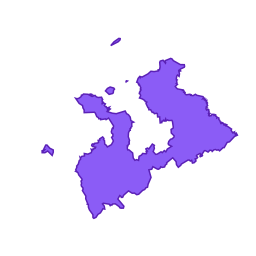 outline of Serang, Banten, Indonesia, rotated 321°
{"feature_id": "22746128B3242616561013", "entity_name": "Serang", "entity_type": "district", "adm_level": 2, "iso_a3": "IDN", "parent_name": "Indonesia", "parent_adm1": "Banten", "projection": "mercator", "projection_center": [106.13, -6.072], "detail": "fine", "context": "isolated", "style": "filled", "palette": "violet", "viewbox_px": 256, "rotation_deg": 321, "n_neighbors": 0, "source": "geoboundaries", "source_scale": "gbopen_adm2", "svg_char_len": 5979}
<svg xmlns="http://www.w3.org/2000/svg" viewBox="0 0 256 256"><g transform="rotate(321 128 128)"><path d="M72.3,120.7L71.4,122.5L69.7,122.6L66.6,124.8L64.1,125.3L63.7,126.2L60.9,127.7L60.8,129.6L60.3,129.3L61.0,131.1L60.2,133.5L60.1,138.5L59.6,139.4L58.1,139.7L57.2,141.7L55.8,142.7L55.2,144.0L55.3,146.0L54.6,147.3L53.2,147.9L52.4,154.4L50.6,156.4L49.1,161.3L48.4,161.5L49.0,162.5L47.4,164.6L46.5,167.3L46.2,173.2L44.4,175.6L44.6,176.7L46.9,177.3L50.3,176.2L53.2,176.6L57.7,175.0L58.9,176.4L60.4,173.7L60.4,170.9L61.4,170.9L65.5,175.4L65.3,177.1L66.5,176.9L66.9,177.8L68.2,177.4L70.4,178.9L71.7,183.7L71.4,184.7L72.0,185.8L74.0,187.4L75.6,186.2L75.4,176.8L79.1,175.3L79.5,176.8L79.1,177.7L80.2,178.5L82.3,177.5L88.8,177.2L90.2,181.3L92.1,182.7L92.8,185.3L94.6,186.2L100.1,185.7L102.3,186.3L104.3,185.7L105.9,186.3L108.3,184.3L114.8,180.9L117.9,173.6L120.5,175.0L123.0,173.7L125.0,178.5L125.9,179.3L127.7,179.4L129.1,178.7L129.7,180.1L131.9,181.3L133.7,180.3L135.6,180.3L136.2,179.3L144.0,179.3L144.2,184.4L142.6,187.0L142.4,190.2L145.6,190.2L146.7,189.6L154.5,190.7L155.5,191.6L155.6,192.9L157.1,193.2L156.0,195.8L157.5,196.6L160.1,196.4L160.8,194.3L162.1,195.0L163.7,194.6L163.6,192.7L164.3,192.4L168.0,193.1L168.0,194.3L166.2,195.1L166.1,195.8L168.1,196.4L168.7,196.1L168.5,195.1L173.1,193.7L173.8,194.2L175.1,197.1L177.7,196.8L178.9,198.2L178.7,199.2L180.9,199.0L182.4,199.7L183.1,201.2L184.5,201.7L184.8,203.4L189.6,203.1L190.4,203.8L196.0,201.6L198.2,202.6L205.6,201.6L208.5,202.4L208.8,200.7L207.9,201.2L208.3,200.2L207.5,200.4L208.0,198.6L207.2,198.2L207.9,197.9L205.8,197.3L206.5,197.2L206.6,194.8L207.8,194.0L206.1,188.5L205.4,188.1L205.6,187.4L206.7,187.5L205.9,186.0L205.1,186.6L204.5,186.2L205.1,184.3L203.8,183.5L204.6,183.1L204.1,182.2L203.2,182.4L204.1,179.7L203.9,178.6L204.9,177.5L204.3,176.2L203.5,176.1L204.1,175.6L203.6,173.9L204.4,173.3L204.2,172.6L202.9,172.3L203.4,171.5L201.9,170.3L202.3,170.0L200.5,170.8L198.7,169.8L198.6,168.9L199.1,168.5L199.0,169.3L199.6,169.3L199.7,167.5L200.8,168.0L200.4,166.9L201.6,166.0L201.4,165.1L202.2,164.8L201.9,163.4L200.4,163.4L200.7,162.2L201.9,161.1L202.5,161.5L202.5,160.7L204.0,160.7L204.6,158.7L205.5,158.6L205.6,157.9L205.0,157.5L206.5,156.2L205.5,155.9L205.3,155.0L206.3,154.6L205.3,153.9L206.1,153.3L204.6,152.4L206.0,152.2L206.0,150.8L202.1,145.9L201.6,144.2L198.9,143.8L197.3,142.1L198.0,141.8L197.3,140.7L194.1,138.8L193.8,136.8L194.7,136.3L193.9,135.3L194.6,135.1L194.9,133.9L194.1,133.3L194.7,133.0L191.0,128.7L190.8,126.8L190.9,125.4L193.9,125.2L193.6,123.7L194.4,123.8L195.6,121.6L196.5,121.6L196.2,120.4L198.6,118.3L199.8,118.0L200.2,120.0L202.1,118.3L203.3,115.8L203.9,116.3L204.0,115.6L204.8,116.3L204.7,115.3L206.2,115.3L210.0,116.2L210.8,115.7L211.6,114.2L208.6,111.7L205.6,104.2L205.7,102.1L205.0,100.8L199.4,99.1L198.6,99.4L198.4,100.9L197.9,101.2L197.9,97.4L195.2,96.3L194.0,96.9L191.3,100.8L189.1,102.5L188.0,101.8L187.5,102.7L183.8,100.6L181.5,98.3L177.5,98.5L171.1,97.3L170.1,96.1L169.4,96.4L169.8,95.5L169.7,95.3L167.1,95.8L163.6,97.9L164.2,98.8L163.7,100.6L164.2,101.0L163.5,101.8L164.0,102.1L163.2,105.0L162.3,105.3L162.1,106.4L161.7,106.1L160.4,107.5L159.7,107.3L158.4,108.4L158.8,109.5L158.1,110.9L155.8,111.9L157.5,114.6L158.3,117.2L158.0,118.3L158.9,119.7L157.4,120.3L156.3,124.8L156.7,125.3L155.7,127.0L157.1,128.0L156.6,131.1L157.6,131.8L157.5,133.5L159.6,134.6L159.8,135.3L158.0,138.0L159.6,139.3L156.2,144.3L157.7,145.1L158.5,144.1L159.7,144.7L160.4,144.3L160.9,145.7L162.9,144.7L162.1,146.5L163.8,146.6L164.4,147.9L166.9,149.7L166.7,150.8L163.7,155.9L162.8,156.5L160.6,156.2L158.5,159.1L158.9,163.2L158.0,164.0L155.5,164.2L153.9,163.5L151.2,164.1L149.4,165.4L149.0,166.5L150.4,169.7L145.4,169.1L142.4,170.3L142.0,168.4L139.1,168.7L138.7,167.3L134.2,166.7L132.9,165.9L132.7,162.2L135.7,160.4L136.5,158.7L137.6,158.1L136.8,155.8L131.0,157.4L130.6,155.9L128.9,155.4L128.3,156.4L128.5,158.1L127.1,157.9L126.9,159.2L125.9,159.5L123.4,157.0L121.4,157.5L118.8,157.0L115.8,159.8L114.8,158.0L113.0,157.5L113.2,154.6L115.9,150.3L115.0,145.6L114.0,144.8L114.6,143.5L116.2,141.5L116.5,141.9L117.8,141.1L119.0,141.2L119.9,139.6L120.7,139.9L120.2,139.4L121.4,138.6L122.7,135.0L125.5,131.9L127.8,130.9L128.3,131.2L129.0,129.9L130.0,130.0L130.5,129.3L131.9,129.3L134.1,126.3L136.1,127.0L134.9,124.0L136.6,120.9L136.7,117.9L135.9,115.9L136.5,113.0L127.9,109.5L125.1,106.6L122.2,102.2L126.2,102.1L125.8,101.2L122.5,101.1L126.1,101.2L124.9,100.6L126.6,100.1L124.2,99.3L124.5,98.0L125.0,98.0L123.9,97.4L123.8,95.6L125.6,95.0L124.6,92.9L124.1,92.9L124.6,92.6L123.6,92.7L123.5,92.4L124.9,92.3L124.6,91.4L123.9,91.4L124.9,91.3L125.4,90.0L126.2,90.0L126.8,87.4L124.0,85.5L123.0,83.9L122.9,81.9L119.9,80.9L118.1,76.6L114.8,73.6L112.8,73.7L112.5,73.2L111.3,74.1L108.7,74.0L106.8,73.2L106.0,72.0L105.5,78.2L106.8,81.9L105.6,84.1L105.3,86.3L103.6,88.5L111.8,94.6L112.0,95.8L110.9,99.5L111.5,101.3L111.1,102.5L112.6,103.5L112.0,104.3L116.3,106.8L116.2,107.7L119.2,108.1L118.1,117.3L116.3,118.9L116.1,118.3L115.3,118.5L112.7,120.4L112.1,121.6L112.4,123.3L111.0,124.9L109.4,124.9L108.5,128.9L104.6,130.5L100.0,129.7L100.3,127.9L99.8,125.9L101.9,122.8L101.6,121.6L102.7,121.0L102.7,119.0L99.2,118.6L98.5,119.6L97.0,118.8L96.3,120.5L95.1,120.6L92.4,118.9L90.8,119.5L90.8,118.2L89.7,118.0L88.7,118.8L88.8,120.1L90.8,122.6L89.8,123.1L87.3,122.2L87.3,122.8L86.6,122.7L86.0,121.5L85.4,123.1L83.9,124.0L80.4,123.1L78.0,120.3L76.6,122.3L74.0,120.9L72.4,121.5L72.3,120.7ZM53.3,89.5L48.0,92.0L49.1,92.5L47.3,92.7L47.7,92.0L46.9,91.6L45.7,93.2L47.8,94.9L51.1,95.4L51.8,101.6L54.7,99.8L56.1,98.0L54.5,94.5L54.3,90.2L53.3,89.5ZM142.1,88.0L139.9,84.9L136.9,84.3L133.8,85.0L134.5,90.0L137.7,91.5L138.7,91.4L140.5,89.6L142.0,89.3L142.1,88.0ZM171.4,52.2L166.5,53.1L174.7,54.8L177.3,54.5L178.2,53.6L177.3,52.6L171.4,52.2ZM156.6,90.4L155.9,90.4L155.6,91.0L157.1,91.1L156.6,90.4ZM121.0,79.5L120.6,78.6L120.3,79.0L121.0,79.5ZM119.5,78.1L120.0,78.1L119.6,77.8L119.5,78.1Z" fill="#8b5cf6" stroke="#5b21b6" stroke-width="1.5"/></g></svg>